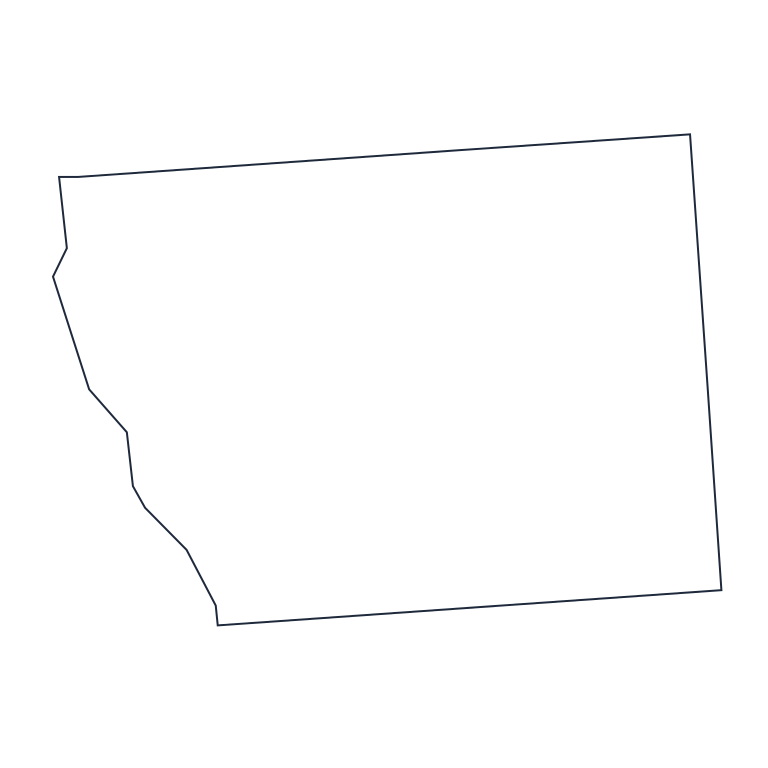 Colfax, Nebraska, United States of America (Mercator projection), rotated 86°
{"feature_id": "52423323B6784143076290", "entity_name": "Colfax", "entity_type": "district", "adm_level": 2, "iso_a3": "USA", "parent_name": "United States of America", "parent_adm1": "Nebraska", "projection": "mercator", "projection_center": [-97.093, 41.56], "detail": "fine", "context": "isolated", "style": "outline", "palette": "slate", "viewbox_px": 768, "rotation_deg": 86, "n_neighbors": 0, "source": "geoboundaries", "source_scale": "gbopen_adm2", "svg_char_len": 364}
<svg xmlns="http://www.w3.org/2000/svg" viewBox="0 0 768 768"><g transform="rotate(86 384 384)"><path d="M156.3,61.3L156.0,291.5L156.1,674.4L154.8,693.7L226.4,690.9L253.8,706.7L368.8,678.5L414.2,643.9L468.4,641.6L490.8,631.0L535.7,592.5L593.3,567.3L613.2,566.7L613.2,61.8L462.9,61.5L411.9,61.4L156.3,61.3Z" fill="none" stroke="#1e293b" stroke-width="2"/></g></svg>